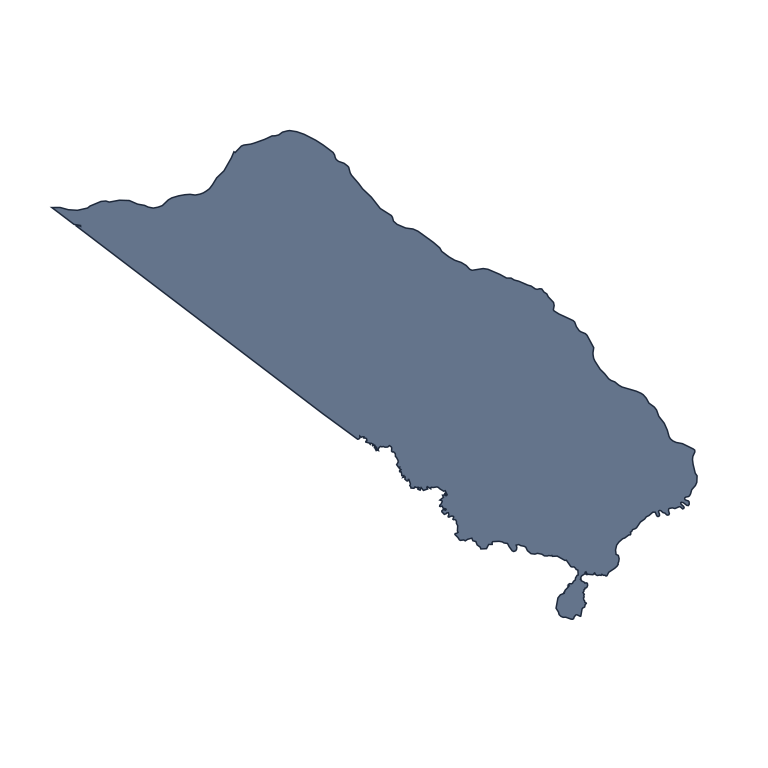 outline of Yondó (Casabe), Antioquia, Colombia, rotated 259°
{"feature_id": "7082276B5745739675661", "entity_name": "Yondó (Casabe)", "entity_type": "district", "adm_level": 2, "iso_a3": "COL", "parent_name": "Colombia", "parent_adm1": "Antioquia", "projection": "orthographic", "projection_center": [-74.31, 6.963], "detail": "fine", "context": "isolated", "style": "filled", "palette": "slate", "viewbox_px": 768, "rotation_deg": 259, "n_neighbors": 0, "source": "geoboundaries", "source_scale": "gbopen_adm2", "svg_char_len": 6169}
<svg xmlns="http://www.w3.org/2000/svg" viewBox="0 0 768 768"><g transform="rotate(259 384 384)"><path d="M334.8,347.6L334.8,348.7L335.6,350.0L337.5,350.3L336.1,351.5L336.3,353.2L335.9,354.3L334.9,353.8L334.2,355.9L333.3,356.5L331.6,356.4L331.2,355.2L330.4,355.1L328.9,358.2L327.4,359.0L328.4,359.9L327.0,361.8L326.0,361.0L325.5,361.2L325.9,362.9L325.5,363.4L323.8,362.6L323.9,363.9L323.4,364.4L322.7,362.9L320.1,363.6L320.2,364.1L321.6,364.1L322.0,364.5L320.4,364.8L319.7,365.9L321.1,365.8L322.7,367.2L323.4,368.7L322.7,369.9L322.8,371.4L321.8,372.9L321.4,375.6L322.5,377.6L320.9,379.1L319.9,379.4L316.7,378.6L315.7,379.2L315.6,380.4L313.6,381.8L310.6,381.4L309.6,382.2L306.3,383.2L304.6,383.0L302.4,381.0L299.6,382.3L299.4,383.6L298.2,382.9L296.8,384.3L296.0,382.8L295.0,382.6L294.7,382.9L295.2,383.4L295.0,383.9L293.3,384.2L290.7,384.0L290.3,385.9L288.7,384.6L288.9,386.9L287.9,386.9L286.7,386.3L284.6,387.8L284.3,388.7L285.7,389.7L285.6,390.2L280.8,390.9L279.3,389.9L278.2,390.6L276.7,390.6L275.9,393.5L277.1,394.8L276.3,395.7L276.0,398.2L275.4,398.8L274.9,397.3L274.2,397.2L272.9,399.2L275.2,400.7L272.0,402.4L272.6,406.8L274.3,406.3L275.0,406.9L272.2,409.9L273.4,410.2L273.6,410.8L273.0,412.6L272.9,416.3L272.2,417.5L270.3,418.9L267.4,422.1L267.6,423.7L263.2,424.9L262.5,424.0L262.7,423.2L264.8,423.9L265.4,423.6L265.1,422.9L263.5,421.9L263.7,420.2L261.4,420.7L259.4,416.7L258.4,418.5L257.6,418.8L255.4,417.2L254.3,415.6L253.3,415.3L252.9,415.9L253.0,417.8L250.6,418.4L249.9,420.4L249.2,421.1L248.4,420.4L249.5,418.2L248.4,416.5L247.5,416.4L244.5,418.3L244.8,420.2L245.5,421.3L245.4,422.6L243.0,422.7L242.1,421.7L241.3,421.7L240.9,422.3L241.5,424.9L241.1,426.5L240.2,427.1L238.1,425.8L237.5,426.4L237.4,427.8L236.6,428.6L235.0,428.9L233.5,428.5L230.8,429.3L225.7,428.0L224.3,428.4L223.6,426.9L223.6,425.3L222.7,424.9L219.3,427.2L216.6,428.3L215.9,429.1L215.7,432.5L214.5,433.8L215.6,436.5L215.9,440.8L213.2,441.3L211.8,444.1L208.3,444.7L205.5,447.3L203.6,447.6L202.8,453.2L206.5,456.1L205.9,459.6L207.9,459.9L208.5,460.7L207.6,467.0L206.4,470.1L205.1,471.4L203.9,474.8L200.5,475.8L195.8,478.0L194.8,479.4L195.2,481.5L196.4,482.6L198.2,483.2L200.6,483.0L200.7,485.7L199.3,487.3L198.0,490.5L196.8,492.0L193.0,493.0L189.4,495.9L188.2,499.7L188.5,502.3L186.8,506.5L184.7,508.6L184.0,511.5L184.2,512.9L183.5,515.1L183.7,516.1L182.7,516.4L182.0,521.2L176.3,527.9L176.2,529.4L169.2,532.5L168.5,533.6L168.3,535.5L166.5,536.9L165.3,537.2L164.3,538.8L159.5,538.2L159.3,537.0L157.1,535.0L155.2,534.4L154.1,532.3L152.5,531.1L152.1,530.0L152.6,528.2L152.0,526.7L150.6,527.2L150.6,525.9L149.6,526.2L146.9,522.3L145.5,521.7L145.2,520.8L144.2,520.9L143.4,516.9L140.8,513.9L131.1,510.1L127.0,511.7L124.2,511.9L122.1,513.4L120.8,515.3L120.4,517.9L117.5,522.7L117.1,524.2L117.4,525.3L119.1,526.3L120.7,528.3L120.7,529.3L118.5,532.3L118.6,532.9L125.4,535.5L126.2,536.4L126.8,538.4L129.3,539.5L129.9,540.7L130.6,540.6L131.4,539.5L133.0,539.5L134.0,538.9L136.0,539.0L136.7,539.8L138.5,539.8L139.3,540.5L141.3,539.5L142.6,540.8L143.9,541.0L144.4,542.1L145.2,542.3L145.4,543.9L146.1,544.7L147.5,545.5L149.3,545.6L150.1,545.1L150.2,543.2L150.9,543.1L153.3,540.1L154.0,540.2L154.8,539.6L155.2,540.2L156.0,540.0L157.8,541.2L159.4,545.0L160.8,545.5L161.1,546.4L159.2,547.0L158.9,545.8L158.1,546.8L158.3,547.8L156.9,552.7L158.4,554.6L157.9,555.1L157.2,554.6L155.3,556.8L155.3,559.1L154.7,560.6L155.6,561.6L154.4,562.7L154.0,564.6L153.1,565.3L153.3,566.3L156.3,568.7L159.1,575.4L160.7,578.0L162.3,579.5L163.3,579.5L165.0,580.6L167.7,581.5L171.0,581.3L172.5,579.3L176.8,579.6L181.4,581.6L184.0,584.4L186.6,588.8L186.9,591.0L189.1,595.5L188.9,596.9L189.7,597.7L191.5,597.6L191.9,598.9L193.6,600.2L194.1,603.2L194.7,604.5L199.5,609.3L201.7,614.1L203.6,616.2L204.3,619.0L206.9,623.5L206.4,625.8L202.9,626.5L201.8,627.1L201.6,628.3L202.2,629.3L203.8,629.6L206.2,629.1L207.0,629.6L207.3,630.6L206.8,631.6L204.6,633.2L203.6,635.2L201.6,636.5L201.1,637.6L201.3,638.7L202.3,639.4L205.4,639.1L207.0,639.6L207.4,640.4L207.4,643.4L206.2,645.8L207.2,650.3L206.9,651.4L204.4,653.3L204.6,654.4L205.3,655.0L206.6,654.8L209.5,652.6L210.8,652.6L211.2,653.2L210.5,655.1L207.1,658.0L206.6,659.6L207.8,660.7L210.1,661.0L211.1,660.5L212.8,657.6L213.8,657.2L214.8,657.5L215.4,658.6L215.4,661.4L216.0,662.6L217.7,664.0L221.5,665.9L224.9,670.3L227.8,672.3L234.1,673.8L237.1,672.5L246.1,672.1L250.9,672.4L253.9,673.3L258.0,676.2L259.8,676.4L261.3,675.1L268.5,665.6L270.9,659.6L273.1,656.6L275.5,654.7L278.0,653.8L284.6,653.3L292.0,651.6L299.8,647.6L306.4,646.6L309.7,645.0L314.7,640.4L320.1,638.7L324.0,636.4L325.8,634.6L328.8,630.3L335.6,617.1L338.1,614.2L342.0,611.0L344.2,607.5L346.3,605.5L351.9,602.6L357.2,599.0L366.2,595.4L369.2,594.7L372.8,594.8L374.8,595.1L379.6,596.8L393.1,592.6L395.0,591.3L397.7,587.2L399.1,585.8L403.5,583.8L408.4,583.0L410.2,581.7L419.5,568.9L423.3,564.9L424.5,564.4L428.5,566.0L431.7,566.0L438.2,561.9L441.4,561.0L443.7,558.6L447.2,557.0L447.8,555.0L447.7,552.4L448.5,550.6L452.1,547.1L453.7,543.9L459.2,535.9L461.2,531.7L463.7,529.0L464.6,524.5L469.4,518.8L476.8,507.9L478.4,503.4L478.8,492.1L480.3,490.0L484.5,487.4L488.5,483.1L492.0,477.0L496.6,471.8L503.1,466.0L507.0,464.7L513.5,459.6L527.5,446.5L530.6,442.1L533.0,435.0L538.2,427.3L542.0,424.4L546.0,424.1L547.9,423.4L557.0,413.8L569.9,407.2L579.7,400.2L585.6,397.4L595.0,392.0L597.7,391.1L603.5,390.7L605.0,389.8L608.3,386.9L611.2,381.9L612.4,380.8L613.8,379.8L615.7,379.3L618.3,379.2L621.0,378.2L630.2,369.9L636.4,363.4L644.4,353.2L648.3,346.5L650.8,339.7L650.9,337.2L650.6,332.4L648.6,328.2L648.4,324.5L648.9,321.4L646.9,313.4L645.2,302.2L644.9,298.9L645.3,292.0L644.8,289.4L639.6,282.0L640.6,281.0L635.1,277.3L623.8,267.6L618.3,259.1L612.3,253.6L609.0,249.9L607.4,246.6L606.1,243.2L605.5,239.7L605.5,234.7L607.2,229.8L607.8,224.7L607.9,218.4L607.2,211.2L605.9,207.4L601.4,200.4L600.7,195.9L600.7,191.1L602.7,186.2L605.0,183.1L607.6,176.4L612.7,169.0L614.9,159.3L615.0,149.0L616.7,145.9L617.2,141.0L614.8,129.4L613.3,126.6L613.0,116.2L615.3,107.4L619.1,99.7L620.6,91.6L599.8,110.2L597.5,116.4L596.6,116.3L597.6,114.9L597.7,113.5L598.5,111.5L366.7,318.1L334.8,347.6Z" fill="#64748b" stroke="#1e293b" stroke-width="1.5"/></g></svg>